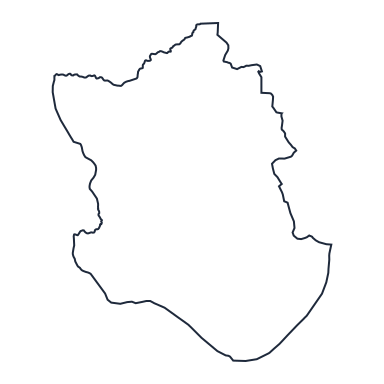 outline of Wusab As Safil, Dhamar, Yemen
{"feature_id": "15242507B36986908452393", "entity_name": "Wusab As Safil", "entity_type": "district", "adm_level": 2, "iso_a3": "YEM", "parent_name": "Yemen", "parent_adm1": "Dhamar", "projection": "albers", "projection_center": [43.602, 14.25], "detail": "fine", "context": "isolated", "style": "outline", "palette": "slate", "viewbox_px": 384, "rotation_deg": 0, "n_neighbors": 0, "source": "geoboundaries", "source_scale": "gbopen_adm2", "svg_char_len": 5682}
<svg xmlns="http://www.w3.org/2000/svg" viewBox="0 0 384 384"><path d="M331.3,244.6L326.3,244.2L319.0,242.2L315.7,240.3L312.7,237.7L312.2,236.8L311.3,236.4L310.6,236.0L309.9,235.9L309.2,235.5L306.9,237.2L304.9,238.0L301.2,239.1L297.4,238.7L293.7,235.6L293.3,234.4L292.6,232.5L294.5,228.0L293.9,221.4L290.4,213.1L288.6,206.5L287.6,202.7L285.8,201.9L284.2,201.3L282.8,194.5L282.0,192.3L279.0,186.3L281.7,184.0L281.6,183.9L278.7,179.2L277.5,177.2L274.3,173.9L272.9,168.5L272.0,163.8L272.9,162.8L274.4,161.3L275.4,160.2L279.0,158.5L284.6,158.6L290.9,156.7L292.1,155.7L293.8,152.7L296.2,150.6L294.9,148.5L292.6,147.1L290.9,144.8L289.1,142.8L288.6,142.2L285.1,136.6L285.1,133.4L284.4,132.4L284.0,131.7L282.9,130.5L282.2,130.0L281.7,129.3L281.6,127.9L282.0,125.4L282.6,120.7L281.4,116.4L281.5,113.5L281.7,113.3L277.5,112.6L276.4,112.3L273.4,107.9L272.3,106.5L272.9,100.2L273.1,96.7L272.3,95.0L271.0,93.6L270.2,93.3L269.5,93.2L261.4,92.8L261.4,92.7L261.4,77.2L259.0,73.3L258.6,72.3L258.3,71.8L258.8,71.2L259.7,72.0L261.9,71.4L260.2,66.1L257.5,64.8L256.8,64.5L251.5,65.2L248.7,65.8L246.3,65.7L245.2,66.3L243.5,67.1L241.4,66.9L237.1,69.1L232.1,67.5L230.7,63.7L229.5,62.9L228.5,62.8L227.2,62.2L223.8,61.5L223.4,60.5L224.0,58.6L225.2,55.0L227.8,50.6L228.4,48.4L228.3,45.3L226.5,42.6L217.4,34.8L217.7,32.5L218.1,23.0L200.5,23.7L200.3,24.0L199.9,24.2L199.4,24.3L198.2,24.3L197.5,24.4L196.9,24.6L196.5,24.9L196.3,25.2L196.2,25.8L196.3,26.5L196.0,27.3L195.8,27.8L195.7,28.3L195.5,29.1L195.2,29.4L194.7,29.8L194.1,30.2L193.7,30.6L193.5,31.1L193.4,31.8L193.3,32.3L192.7,32.5L192.3,33.3L192.2,34.0L192.2,34.6L192.0,35.3L191.8,35.7L191.3,35.9L190.8,36.0L190.3,36.2L190.0,36.6L189.5,36.8L188.7,37.0L187.8,37.3L186.6,37.6L186.0,37.7L185.3,37.9L185.0,38.2L184.8,38.7L184.6,39.1L183.8,39.9L183.4,40.1L182.7,40.6L181.5,41.6L180.8,42.5L180.5,43.2L179.7,44.0L179.2,44.3L178.6,44.3L176.7,44.4L175.9,44.5L175.5,44.6L174.9,45.0L174.0,45.8L173.6,45.9L173.3,46.1L173.0,46.5L172.6,47.3L172.2,47.7L171.5,47.9L171.0,48.2L170.5,48.5L170.3,48.7L170.3,49.0L170.3,49.5L170.4,49.9L170.7,50.6L170.8,51.0L170.8,51.3L170.7,51.6L170.3,51.7L169.8,51.7L169.3,51.6L168.9,51.6L168.5,51.8L168.2,52.1L167.9,52.3L167.6,52.7L167.3,53.0L166.9,53.1L166.1,52.9L165.3,52.7L164.5,52.5L163.5,52.2L162.8,51.8L162.0,51.5L161.5,51.3L160.8,51.2L160.4,51.1L160.1,51.1L159.7,51.4L159.3,51.7L158.6,52.0L157.8,52.3L156.7,53.3L156.2,53.7L155.6,54.1L155.2,54.2L153.7,54.0L152.9,53.9L152.2,53.8L151.6,53.8L151.2,54.0L150.9,54.4L150.6,55.0L150.0,55.9L149.9,56.3L149.9,56.8L150.0,57.4L150.2,58.1L150.4,58.5L150.6,59.0L150.8,59.6L150.8,60.0L150.5,60.3L150.0,60.7L149.4,60.8L148.6,60.9L147.8,60.9L147.2,60.8L146.1,60.3L145.5,60.4L145.1,60.7L144.9,61.2L144.5,62.4L144.1,63.5L143.5,64.1L143.0,64.6L142.8,65.3L142.8,65.9L142.8,66.8L142.8,67.6L142.7,68.0L142.3,68.2L141.5,68.4L140.3,68.6L139.7,69.0L139.0,70.0L138.9,70.4L138.7,70.7L138.2,71.4L138.0,72.1L138.0,73.0L137.7,74.6L137.5,77.1L137.1,77.8L137.0,78.0L136.5,78.5L129.3,80.9L128.4,81.0L126.2,81.7L124.3,82.7L123.3,83.7L122.2,85.0L121.2,85.8L120.3,85.9L119.0,85.7L117.2,85.6L115.6,85.2L114.0,84.9L112.7,84.2L111.3,82.9L110.1,82.0L108.6,81.0L107.6,80.5L104.8,80.6L104.0,80.3L103.3,79.5L102.7,78.6L102.1,77.7L101.0,77.2L99.9,77.2L99.0,77.9L98.4,78.2L97.6,78.4L96.6,78.5L95.9,77.8L95.4,76.5L94.9,75.7L94.4,75.4L93.6,75.6L92.8,76.0L91.3,76.1L90.2,75.5L88.8,75.6L87.6,76.3L86.6,77.1L85.9,77.5L84.2,77.5L82.8,76.9L81.0,76.5L79.7,76.5L78.6,75.9L77.8,75.2L77.1,74.4L74.9,74.5L73.8,74.9L73.3,75.4L72.0,75.4L71.0,74.8L70.5,73.9L69.9,73.7L68.5,74.1L67.3,75.1L66.6,75.6L65.8,75.7L64.5,75.3L63.7,74.8L62.8,74.5L61.5,74.5L60.0,74.7L59.2,75.0L58.4,75.1L57.7,74.5L56.7,74.1L55.8,74.6L55.2,75.4L54.5,76.2L54.4,76.2L54.4,80.0L53.9,81.6L52.8,86.0L52.7,92.2L54.6,103.0L55.6,108.6L60.6,120.0L65.0,127.4L65.2,127.7L68.0,132.4L69.5,135.0L69.9,135.6L70.4,136.5L71.7,138.6L71.8,138.7L73.6,141.8L80.3,143.9L81.0,145.0L81.8,147.3L82.5,151.1L83.2,153.1L84.1,155.1L85.3,157.0L86.2,157.6L91.2,160.3L93.1,162.2L94.3,163.7L95.6,165.6L96.1,168.0L96.1,170.0L96.0,170.5L95.2,174.8L93.5,177.7L91.2,180.5L90.0,183.6L89.6,185.7L89.5,187.0L89.8,188.9L92.1,191.5L96.9,198.6L98.1,203.8L98.1,206.0L98.0,206.6L98.0,207.1L98.1,207.6L98.2,208.6L98.0,208.8L98.2,209.8L98.6,210.3L99.0,211.2L99.2,211.9L99.2,212.7L99.2,213.2L98.5,214.1L98.5,214.8L98.6,215.5L99.0,216.0L99.5,216.7L100.1,217.7L100.5,218.6L100.8,219.1L101.5,219.7L101.9,220.2L101.8,220.5L101.4,220.9L101.2,221.5L101.5,222.0L101.8,222.8L101.5,223.6L101.3,224.1L100.6,224.0L100.1,224.5L100.1,225.4L99.9,226.0L99.0,228.0L98.2,229.0L97.3,229.3L96.6,229.2L95.7,229.5L94.9,230.3L94.7,231.6L94.0,232.5L92.9,232.7L91.7,232.4L91.0,232.4L89.6,232.9L88.1,233.4L87.0,233.3L85.6,232.5L84.6,231.5L83.8,230.4L82.7,230.3L81.8,230.7L80.8,231.0L80.2,231.5L79.2,233.1L78.2,234.7L77.7,235.2L76.8,235.0L76.0,234.7L74.8,234.3L74.1,234.5L73.7,236.2L73.9,238.9L74.2,245.4L73.6,248.0L72.8,252.8L72.8,254.1L73.3,256.0L73.8,257.2L74.7,258.7L75.3,261.5L77.2,265.2L78.0,266.5L78.9,267.1L79.9,267.8L80.7,269.0L81.7,270.1L83.1,270.9L85.7,271.9L88.0,272.5L89.4,273.1L90.6,273.8L91.0,274.3L101.5,288.6L104.0,292.0L105.1,293.5L107.6,299.7L111.2,302.6L111.9,302.7L120.3,303.8L127.2,302.1L131.9,301.7L135.7,303.2L142.3,301.9L146.3,301.0L150.2,301.0L153.2,302.6L154.2,303.2L155.4,303.7L164.6,307.7L177.8,317.2L188.3,324.7L188.9,325.3L189.1,325.4L189.3,325.7L190.6,326.9L201.6,337.9L217.4,351.1L225.7,355.4L228.5,355.8L230.0,356.6L233.2,360.6L245.6,361.0L256.8,359.2L268.7,353.3L269.6,352.7L274.1,348.6L279.5,343.9L288.0,334.8L297.1,325.3L304.1,318.4L304.3,318.1L306.7,315.8L322.0,293.7L326.3,282.3L328.3,272.9L328.5,268.7L329.3,259.7L329.2,255.6L329.4,253.4L331.3,244.6Z" fill="none" stroke="#1e293b" stroke-width="2"/></svg>